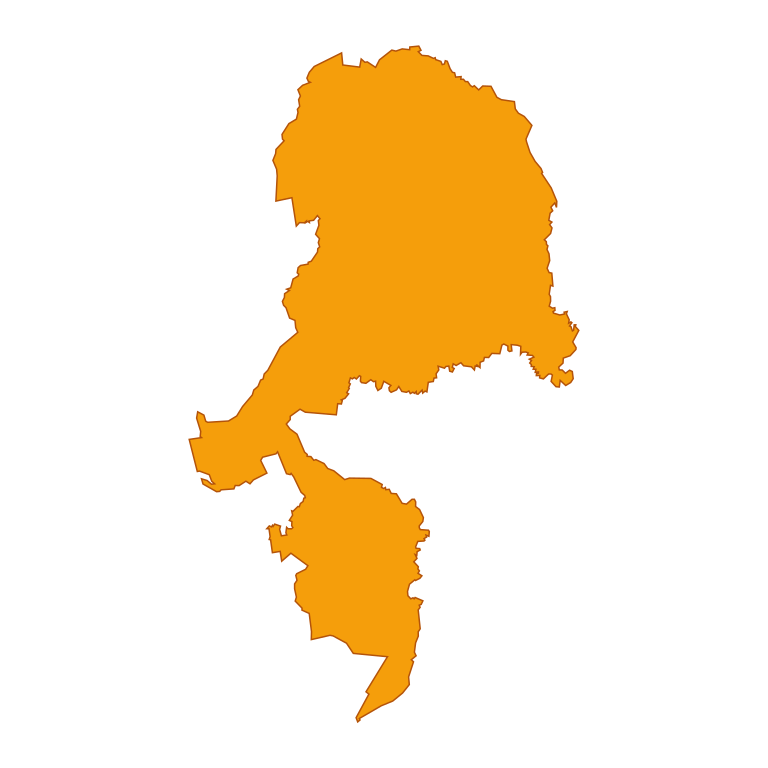 the district of San Martín Chalchicuautla, San Luis Potosí, Mexico
{"feature_id": "50627088B19949088040088", "entity_name": "San Martín Chalchicuautla", "entity_type": "district", "adm_level": 2, "iso_a3": "MEX", "parent_name": "Mexico", "parent_adm1": "San Luis Potosí", "projection": "robinson", "projection_center": [-98.615, 21.363], "detail": "fine", "context": "isolated", "style": "filled", "palette": "amber", "viewbox_px": 768, "rotation_deg": 0, "n_neighbors": 0, "source": "geoboundaries", "source_scale": "gbopen_adm2", "svg_char_len": 6080}
<svg xmlns="http://www.w3.org/2000/svg" viewBox="0 0 768 768"><path d="M572.7,341.9L578.8,330.4L575.3,326.5L575.8,324.8L574.2,324.8L573.6,330.2L572.4,330.9L571.0,326.7L569.5,326.0L571.9,322.7L570.9,321.9L568.6,323.2L569.2,319.8L566.4,313.8L567.2,311.5L564.1,312.2L564.5,314.0L559.8,315.0L553.5,313.1L553.0,311.6L555.0,310.4L554.8,307.7L552.5,308.2L549.2,306.2L550.6,301.2L550.5,296.6L549.2,294.3L550.5,285.3L552.9,286.1L551.8,273.1L549.1,272.6L547.1,268.3L549.7,260.6L549.0,253.8L547.0,249.5L547.9,245.8L546.5,244.5L546.3,241.6L544.3,239.8L550.6,233.5L552.0,227.9L549.6,224.6L551.9,222.1L548.8,220.3L550.1,213.2L552.7,210.8L550.9,207.2L554.8,202.9L556.5,207.4L556.8,201.3L551.2,187.9L541.6,173.4L542.6,172.4L541.0,168.5L535.1,161.4L530.0,152.4L526.5,141.7L526.0,139.1L531.9,125.4L524.3,116.5L518.4,113.2L515.3,108.9L514.4,101.6L501.4,99.7L496.9,97.3L491.0,86.3L482.7,86.0L478.7,89.9L474.3,85.7L472.5,86.9L470.4,85.5L467.7,81.6L465.4,81.6L463.5,79.3L460.8,79.3L461.1,76.6L455.7,77.1L454.6,72.8L452.4,72.3L450.1,68.7L447.3,61.3L445.3,60.7L444.4,64.0L442.2,64.6L440.9,61.4L435.6,59.6L435.2,57.7L433.5,58.4L428.2,55.9L421.9,55.4L418.3,51.7L421.0,50.3L418.8,46.1L409.8,47.0L409.7,49.7L402.2,48.9L395.9,51.1L391.8,50.1L379.5,59.8L375.6,67.4L367.3,61.9L364.9,62.3L361.2,59.0L359.7,67.1L342.8,65.0L341.6,52.9L314.2,66.5L309.3,72.3L306.9,78.1L308.4,81.4L310.3,82.3L302.6,85.3L297.9,89.7L300.4,96.0L298.6,99.7L299.7,106.3L297.4,109.3L298.0,112.5L296.4,119.1L288.9,123.6L282.0,134.4L282.5,139.1L284.1,140.8L276.0,149.4L275.6,153.7L272.9,160.4L276.6,169.2L277.2,175.9L275.9,201.1L291.9,197.7L296.3,226.1L299.5,222.6L304.4,222.8L306.0,221.4L305.7,222.6L307.7,221.4L309.4,222.5L309.2,220.9L313.6,220.3L317.4,215.6L320.0,218.7L318.3,220.6L318.9,225.3L315.6,234.3L319.5,238.7L318.3,242.6L319.7,246.9L317.8,248.6L317.5,252.1L311.3,261.2L308.2,262.3L308.1,264.1L300.5,265.5L298.1,267.7L297.2,272.8L298.7,274.1L298.2,276.0L293.1,279.0L290.7,287.8L286.7,289.2L289.4,290.5L284.6,293.7L284.4,297.5L282.4,301.4L283.6,305.3L286.0,307.7L289.6,318.1L295.0,320.4L295.7,327.7L297.8,332.3L280.3,347.0L267.8,370.3L264.2,374.0L263.1,379.0L260.6,380.1L258.0,386.4L253.8,390.0L252.3,395.0L242.6,406.5L236.7,416.0L228.5,421.0L207.7,422.3L205.7,421.2L203.9,415.1L197.7,411.8L196.6,418.1L200.7,431.4L200.2,436.5L201.5,437.6L189.2,439.4L197.3,471.5L199.5,471.1L209.3,474.7L211.7,481.2L214.6,483.8L211.5,484.2L207.1,480.5L201.5,478.8L203.0,484.0L216.6,491.7L219.7,491.4L221.1,489.8L233.9,488.9L235.2,485.5L239.1,485.6L245.9,481.2L250.0,483.8L253.4,479.9L266.9,473.1L260.7,460.4L262.6,457.2L276.0,453.8L277.6,451.8L286.5,473.7L290.2,474.6L291.1,473.4L293.7,476.9L301.1,492.3L304.7,495.4L305.3,497.7L303.8,498.2L303.1,501.5L300.4,503.5L299.3,506.7L297.9,506.5L293.0,511.3L291.7,510.8L292.6,515.2L289.3,520.4L291.9,521.6L291.7,525.7L292.9,527.6L291.6,528.8L288.0,528.7L286.6,527.3L285.9,532.7L286.8,535.0L281.4,535.8L279.6,529.3L280.5,526.1L274.7,524.1L273.1,526.4L272.5,525.3L271.5,526.9L269.3,525.9L266.8,528.7L269.0,528.8L270.1,536.6L269.2,539.5L270.6,539.8L272.4,552.7L280.2,551.4L281.7,561.2L290.9,553.2L307.9,565.7L305.6,569.3L296.7,573.7L295.8,575.4L297.0,580.3L294.6,583.9L294.6,588.8L296.4,597.1L295.2,601.1L302.0,608.1L302.0,610.2L309.2,613.4L311.5,631.6L311.3,639.6L330.0,635.3L333.1,635.9L346.5,643.2L353.3,653.4L387.5,656.7L366.0,691.8L368.9,694.1L356.1,717.7L357.7,721.9L360.0,720.0L359.3,718.5L381.2,705.8L392.8,701.0L402.6,693.0L409.3,684.6L408.6,676.9L413.5,661.8L411.3,659.7L416.1,655.8L414.4,652.2L415.6,642.8L418.3,636.1L418.2,631.8L420.2,628.8L418.2,609.9L420.1,607.3L419.2,605.2L421.2,604.4L422.9,600.8L415.1,597.5L414.1,598.8L413.0,597.8L410.8,598.8L407.9,595.7L407.5,591.4L409.5,584.2L414.8,579.8L415.5,580.5L419.9,578.3L421.9,575.8L418.0,573.3L419.4,570.9L417.9,568.9L418.3,566.7L413.8,561.8L417.0,558.4L415.2,554.6L416.8,555.4L417.1,551.7L420.2,550.0L419.7,548.6L416.1,548.3L415.6,546.9L417.8,541.4L424.0,541.0L424.9,540.2L424.0,538.6L426.6,537.1L426.0,535.1L428.9,536.3L429.3,531.6L428.5,530.2L420.3,529.6L419.3,527.8L419.2,526.0L422.8,521.5L423.4,517.6L419.6,509.6L415.6,506.5L415.7,501.9L414.4,499.3L412.0,499.3L406.5,504.1L402.1,503.3L396.4,493.8L391.2,493.4L389.2,489.3L385.8,489.7L385.4,487.5L383.7,488.5L381.5,487.4L382.2,484.5L370.9,478.4L349.4,478.1L344.7,479.6L333.8,470.8L327.7,468.5L324.1,463.6L315.9,459.6L313.8,460.3L310.9,456.6L307.1,456.3L307.2,454.4L304.6,452.2L297.0,434.2L289.9,428.9L286.3,424.0L290.2,419.6L290.2,416.3L300.0,409.2L305.3,412.2L336.3,414.8L337.7,403.7L341.4,404.0L342.3,400.6L341.3,399.9L345.0,398.3L348.6,393.8L346.7,392.7L349.3,388.4L348.6,387.6L350.3,383.9L348.9,382.8L350.4,377.9L352.4,378.9L354.2,377.5L356.4,379.0L359.4,375.7L360.7,376.4L360.4,381.1L361.5,382.6L365.9,383.3L370.8,379.7L373.5,381.7L375.6,381.2L375.8,386.3L377.9,390.5L381.3,388.2L383.8,381.3L390.9,385.4L388.9,387.8L389.4,390.7L391.1,392.3L396.5,389.9L398.8,386.5L401.8,391.4L406.4,392.3L408.9,391.0L410.3,393.6L412.9,392.2L414.4,393.3L416.2,391.6L416.3,393.8L418.0,394.2L422.1,390.1L422.7,393.1L425.1,391.1L426.9,391.9L428.3,382.3L433.3,381.5L434.0,378.1L436.6,377.8L436.1,373.8L438.8,369.9L438.1,366.2L444.5,368.2L445.8,366.5L448.8,366.1L449.7,371.2L452.4,372.0L454.2,368.5L452.3,367.4L453.2,363.8L456.1,365.5L460.9,362.7L463.6,365.8L471.4,366.8L474.4,370.0L475.2,366.0L477.3,366.4L476.4,364.5L480.0,367.6L480.1,362.3L483.6,360.9L484.4,357.4L488.7,357.5L491.8,353.4L499.8,353.7L501.9,345.1L503.8,344.0L507.9,346.1L507.9,350.2L509.4,351.5L511.9,350.9L511.2,344.6L517.2,345.2L520.8,346.3L520.5,354.4L522.1,352.2L525.8,352.0L528.2,352.9L527.1,355.0L532.4,355.4L533.9,357.1L529.3,359.2L531.5,360.5L529.7,363.0L531.4,364.6L531.2,366.4L534.2,366.7L533.2,369.2L535.9,369.3L535.2,372.3L538.5,371.9L538.4,373.2L536.5,373.6L536.3,375.6L539.8,375.5L539.6,377.9L543.4,378.9L548.6,374.0L551.0,374.0L552.4,375.1L551.1,381.4L556.0,386.7L559.3,387.0L560.2,380.4L565.7,385.5L570.7,382.5L573.2,378.7L572.3,371.5L569.6,370.2L565.5,373.3L562.2,370.0L559.3,369.9L558.7,367.1L563.0,363.1L563.3,358.1L570.2,355.7L575.9,349.5L576.1,347.7L572.7,341.9Z" fill="#f59e0b" stroke="#b45309" stroke-width="1.5"/></svg>